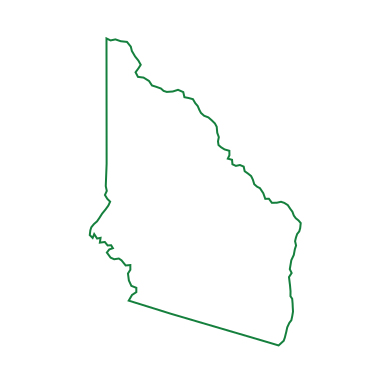 Igarapé do Meio, Maranhão, Brazil (Mercator projection), rotated 85°
{"feature_id": "56859067B89604719591718", "entity_name": "Igarapé do Meio", "entity_type": "district", "adm_level": 2, "iso_a3": "BRA", "parent_name": "Brazil", "parent_adm1": "Maranhão", "projection": "mercator", "projection_center": [-45.138, -3.653], "detail": "fine", "context": "isolated", "style": "outline", "palette": "green", "viewbox_px": 384, "rotation_deg": 85, "n_neighbors": 0, "source": "geoboundaries", "source_scale": "gbopen_adm2", "svg_char_len": 1814}
<svg xmlns="http://www.w3.org/2000/svg" viewBox="0 0 384 384"><g transform="rotate(85 192 192)"><path d="M178.6,277.4L183.5,276.8L187.4,279.0L191.4,277.0L194.5,274.4L198.2,276.5L201.9,279.7L205.7,283.4L210.0,286.7L213.0,289.2L215.4,292.5L218.4,295.4L221.3,296.6L226.0,297.6L229.1,295.0L225.4,293.1L230.1,290.6L229.7,287.1L234.4,288.2L234.2,283.2L237.9,280.7L238.0,277.2L241.1,275.7L242.0,279.4L244.9,282.1L250.3,278.8L252.2,275.4L251.9,270.7L253.9,268.2L259.4,264.5L259.4,259.8L264.1,260.2L267.6,262.9L274.6,262.6L280.2,260.6L282.6,255.8L286.9,256.2L289.3,260.7L294.7,264.5L311.6,223.3L348.4,129.2L352.4,119.1L350.5,116.6L348.2,113.6L345.1,112.2L339.6,110.3L335.1,108.9L330.8,106.4L328.4,104.2L324.2,102.9L319.9,101.8L316.1,101.7L311.6,101.5L307.1,101.5L304.4,103.0L299.5,102.5L293.6,102.5L285.2,102.8L281.4,99.8L277.4,101.3L268.6,99.0L263.6,96.1L257.9,94.5L254.4,93.0L250.0,93.6L246.4,92.4L243.0,90.9L240.6,88.6L237.5,87.4L232.4,86.4L229.6,88.4L227.2,90.9L224.4,92.6L220.4,93.7L217.3,95.6L213.4,97.7L210.9,101.0L209.5,104.2L210.1,108.5L209.7,113.4L205.4,116.0L205.2,119.6L199.4,121.1L194.1,124.0L192.4,126.7L189.7,129.3L185.0,130.3L181.3,131.7L178.6,134.5L175.9,137.7L171.2,138.3L169.3,141.9L169.8,146.0L167.9,149.3L163.4,149.3L161.9,153.4L158.6,151.5L154.2,151.2L152.4,155.9L149.9,159.2L147.5,161.5L143.8,161.7L139.7,160.5L135.2,161.7L129.2,161.7L125.7,163.2L122.3,166.1L119.1,169.2L117.1,173.3L114.0,176.2L110.9,177.5L106.9,178.8L103.8,181.0L99.6,183.0L98.1,187.1L96.9,191.3L91.7,192.0L89.0,197.0L90.2,202.4L90.1,208.4L88.8,211.5L86.2,213.9L83.9,218.9L82.4,222.6L77.7,225.1L73.8,230.3L72.6,235.8L67.8,237.8L64.3,234.7L60.8,232.0L56.5,233.9L52.0,236.9L46.3,239.6L41.9,240.3L36.8,243.7L35.6,249.8L33.3,255.0L33.9,259.9L31.6,263.8L156.5,274.6L178.6,277.4Z" fill="none" stroke="#15803d" stroke-width="2"/></g></svg>